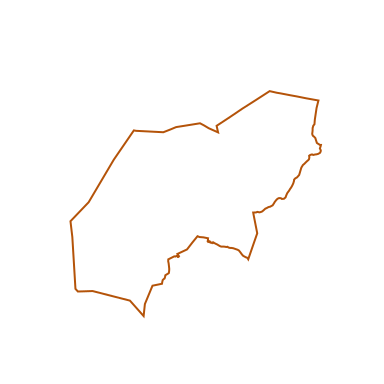 San Juan Teposcolula, Oaxaca, Mexico (Robinson projection), rotated 33°
{"feature_id": "50627088B54973725346612", "entity_name": "San Juan Teposcolula", "entity_type": "district", "adm_level": 2, "iso_a3": "MEX", "parent_name": "Mexico", "parent_adm1": "Oaxaca", "projection": "robinson", "projection_center": [-97.39, 17.589], "detail": "fine", "context": "isolated", "style": "outline", "palette": "amber", "viewbox_px": 384, "rotation_deg": 33, "n_neighbors": 0, "source": "geoboundaries", "source_scale": "gbopen_adm2", "svg_char_len": 2509}
<svg xmlns="http://www.w3.org/2000/svg" viewBox="0 0 384 384"><g transform="rotate(33 192 192)"><path d="M248.2,46.4L236.8,51.2L228.0,54.7L221.8,57.3L212.7,61.0L209.0,62.6L202.2,65.1L195.3,80.5L188.9,94.5L182.9,108.7L176.6,123.1L181.4,127.8L171.3,129.4L165.8,129.6L161.3,130.0L150.8,139.5L143.8,145.8L143.2,146.4L140.0,151.1L135.4,157.5L111.7,171.2L109.7,172.0L108.8,207.5L110.9,256.9L106.0,282.7L116.2,295.0L129.5,313.0L147.0,336.7L150.5,337.6L154.7,334.7L162.6,329.2L183.4,322.2L199.1,316.9L219.0,322.4L213.5,311.6L209.9,292.1L216.8,285.3L216.3,284.2L215.9,283.2L215.4,281.8L215.7,280.4L216.1,279.5L215.6,277.7L215.0,276.4L215.7,274.8L216.3,273.7L216.7,272.5L215.8,270.6L214.8,268.9L213.2,266.9L211.3,264.6L209.8,263.1L208.8,261.4L212.2,255.6L213.2,255.2L213.8,254.1L214.9,253.9L215.4,254.2L216.0,253.8L216.1,253.0L213.5,251.9L219.1,242.9L219.8,234.5L220.7,226.1L222.8,225.7L226.3,223.8L230.6,222.1L230.8,222.7L231.0,222.9L231.3,223.1L231.4,223.3L232.1,224.9L232.6,224.9L232.8,225.0L233.2,224.4L233.2,223.9L233.8,223.8L233.8,224.2L234.1,224.5L235.4,224.3L236.2,223.5L236.5,223.9L237.1,224.0L237.1,224.4L237.3,223.1L237.5,222.6L238.2,222.7L241.0,222.4L241.4,222.3L244.7,222.2L246.2,221.9L247.3,221.2L248.9,220.2L250.8,219.4L251.6,218.6L252.8,218.7L254.3,218.2L255.4,217.5L257.2,216.7L260.1,216.0L261.7,215.6L263.2,215.5L265.3,216.2L266.9,216.8L267.9,217.2L269.9,217.7L271.3,217.5L272.5,217.5L273.7,217.1L274.8,217.3L275.8,217.8L271.7,201.3L269.2,191.1L256.3,177.8L254.5,175.9L256.9,174.2L257.6,173.1L259.7,172.3L260.7,171.2L261.5,170.0L261.8,168.9L262.1,167.9L262.6,165.9L263.3,165.0L264.0,163.6L264.6,162.7L265.6,161.7L266.3,160.3L266.9,159.3L266.9,156.6L266.8,155.6L267.0,153.1L267.4,151.1L268.3,149.7L269.9,148.8L271.1,148.9L272.0,148.2L272.8,147.6L273.4,145.6L273.0,144.0L272.7,142.4L272.5,140.9L272.6,139.3L272.7,138.0L272.6,136.0L272.7,134.4L272.6,132.4L272.4,130.8L272.2,129.5L271.5,127.1L270.9,126.0L271.2,124.3L272.1,122.6L272.6,119.4L272.2,118.0L271.3,115.0L270.4,111.9L270.4,110.5L270.3,109.1L270.9,107.1L271.3,105.1L271.7,103.4L272.1,102.1L272.3,100.9L271.7,99.3L270.5,97.8L271.0,96.5L272.2,95.1L273.5,94.9L274.8,93.5L275.8,92.7L277.0,91.4L278.0,89.5L277.9,88.1L277.3,86.9L275.5,85.8L275.0,83.7L274.5,82.3L273.5,82.9L272.1,82.8L271.0,82.9L269.9,82.8L269.0,82.0L267.6,80.9L266.1,79.6L264.2,79.1L263.2,79.1L261.9,78.5L261.1,77.7L260.2,75.8L259.5,74.5L258.3,72.6L258.0,71.5L257.6,70.3L257.8,68.5L255.5,64.2L250.8,53.9L250.7,53.7L248.2,46.4Z" fill="none" stroke="#b45309" stroke-width="2"/></g></svg>